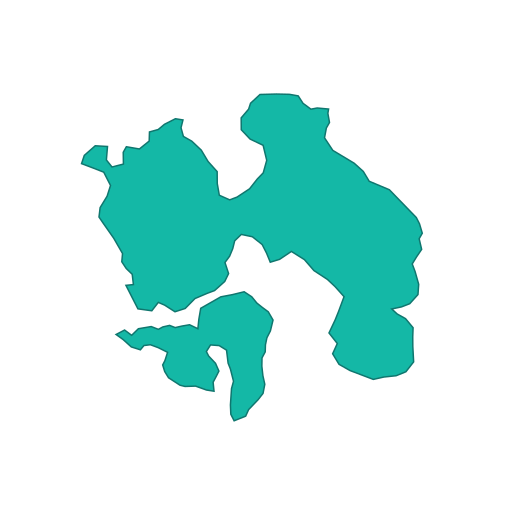 outline of Namhae-gun, South Gyeongsang, South Korea, rotated 153°
{"feature_id": "91817680B30407776748413", "entity_name": "Namhae-gun", "entity_type": "district", "adm_level": 2, "iso_a3": "KOR", "parent_name": "South Korea", "parent_adm1": "South Gyeongsang", "projection": "albers", "projection_center": [127.967, 34.823], "detail": "fine", "context": "isolated", "style": "filled", "palette": "teal", "viewbox_px": 512, "rotation_deg": 153, "n_neighbors": 0, "source": "geoboundaries", "source_scale": "gbopen_adm2", "svg_char_len": 2480}
<svg xmlns="http://www.w3.org/2000/svg" viewBox="0 0 512 512"><g transform="rotate(153 256 256)"><path d="M223.3,141.1L232.1,134.1L231.2,121.8L224.2,111.2L207.5,92.8L197.0,90.1L185.5,85.7L175.0,84.8L163.6,90.1L157.4,104.1L153.0,112.9L148.6,120.8L151.2,132.3L156.5,140.2L159.1,147.2L149.5,144.6L140.7,143.7L129.2,148.1L123.9,156.9L121.3,170.0L120.4,178.0L113.4,182.3L105.4,186.7L102.8,197.3L97.5,200.8L95.7,210.5L95.7,217.5L107.1,254.5L121.2,271.2L122.0,282.6L126.4,294.1L139.6,315.2L141.3,330.2L135.2,338.1L129.9,341.6L127.2,350.5L124.6,354.0L134.3,360.1L140.4,361.9L144.8,370.7L145.7,379.5L152.7,384.8L164.2,391.0L179.1,398.1L191.5,394.6L195.9,390.2L206.5,385.8L211.8,375.2L208.2,362.9L199.4,351.4L203.0,336.4L211.8,326.8L219.7,324.1L231.2,318.8L246.1,317.1L254.0,318.0L261.1,326.8L257.6,338.2L252.3,348.8L255.8,362.0L256.7,375.2L261.1,387.5L266.4,395.5L264.6,404.3L259.3,410.4L265.5,414.9L277.8,414.9L285.7,413.1L294.6,414.9L299.0,406.9L311.3,404.3L321.9,412.2L327.2,408.7L332.4,398.1L343.9,400.7L345.7,409.5L338.6,421.0L349.2,427.2L363.3,423.6L369.5,417.5L361.5,408.7L353.6,399.8L353.6,384.9L361.5,376.9L372.9,369.9L378.2,362.0L377.3,354.9L374.7,336.4L373.8,318.8L378.2,311.8L377.3,303.8L374.6,295.9L378.2,286.2L385.2,288.9L385.2,273.9L385.2,262.5L373.7,254.5L364.1,259.0L359.7,253.7L353.5,243.1L342.9,241.4L329.7,245.8L316.5,244.9L308.6,244.0L295.4,247.5L288.4,252.8L286.6,264.3L279.6,267.8L273.4,273.1L268.1,279.2L259.3,281.9L250.5,274.8L245.3,263.4L245.3,253.7L246.1,244.0L236.5,242.3L222.4,244.0L214.5,230.8L211.0,216.7L203.0,202.7L199.5,193.0L196.0,179.8L207.5,169.2L214.5,163.1L225.9,154.3L223.3,141.1ZM329.5,192.9L325.0,185.5L329.5,173.2L330.1,167.0L332.9,154.6L338.0,149.0L346.4,134.9L350.3,126.4L350.3,119.1L337.9,118.0L332.3,122.5L319.4,127.0L312.1,130.4L306.4,137.7L304.2,146.2L300.8,155.2L296.9,162.5L291.3,166.4L287.9,172.6L283.4,178.2L277.2,182.7L269.9,191.2L270.4,200.7L273.8,207.5L276.6,213.7L278.3,221.6L282.8,229.5L294.6,232.3L305.9,235.6L329.0,234.5L335.7,225.5L340.8,217.6L346.4,224.9L353.8,227.2L360.5,228.9L364.5,233.4L371.2,235.1L376.3,235.0L381.4,240.7L393.8,244.6L402.8,241.8L406.7,249.7L416.3,249.6L412.3,241.8L408.4,231.6L401.6,224.9L396.5,227.1L390.4,224.9L384.7,218.7L378.5,210.3L384.7,204.1L388.6,201.3L389.8,194.5L389.2,187.2L382.4,175.4L378.5,172.0L368.9,167.5L361.0,159.1L354.8,154.6L351.5,163.0L345.8,167.0L341.3,170.3L340.8,178.8L343.6,188.3L343.6,193.4L336.9,197.4L329.5,192.9Z" fill="#14b8a6" stroke="#0f766e" stroke-width="1.5"/></g></svg>